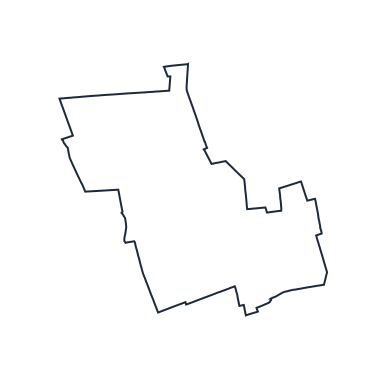 outline of Sahateni, Buzau, Romania, rotated 191°
{"feature_id": "2599482B74966018591797", "entity_name": "Sahateni", "entity_type": "district", "adm_level": 2, "iso_a3": "ROU", "parent_name": "Romania", "parent_adm1": "Buzau", "projection": "albers", "projection_center": [26.561, 45.012], "detail": "fine", "context": "isolated", "style": "outline", "palette": "slate", "viewbox_px": 384, "rotation_deg": 191, "n_neighbors": 0, "source": "geoboundaries", "source_scale": "gbopen_adm2", "svg_char_len": 5738}
<svg xmlns="http://www.w3.org/2000/svg" viewBox="0 0 384 384"><g transform="rotate(191 192 192)"><path d="M339.9,258.4L336.7,253.0L335.0,250.2L330.6,242.8L327.5,237.6L324.3,232.3L319.7,224.6L324.1,222.1L329.8,218.9L329.5,218.5L329.0,218.2L328.4,217.9L328.2,217.6L327.3,215.9L326.2,214.9L325.4,214.2L325.2,214.0L324.3,213.0L322.5,211.8L321.6,209.6L321.2,208.6L320.5,206.8L318.6,202.2L313.8,195.4L311.5,192.2L311.2,191.8L310.8,191.3L310.4,190.6L309.9,190.0L309.7,189.7L309.3,189.1L306.1,184.8L302.4,179.8L301.6,179.0L301.0,178.2L296.9,172.0L295.3,172.4L281.5,175.9L264.8,180.2L263.6,177.2L260.7,169.8L257.5,161.9L256.4,159.3L257.2,158.1L254.9,156.1L254.6,155.6L252.7,153.6L250.9,148.6L249.9,145.2L249.7,143.2L249.7,141.9L249.6,141.5L249.6,140.3L249.6,139.2L249.5,138.9L249.5,137.5L249.5,136.6L249.6,136.2L249.6,134.4L249.5,133.3L249.3,131.7L249.0,130.9L248.4,130.4L247.6,129.4L247.4,129.4L247.3,129.5L247.0,129.7L246.7,129.9L246.1,130.1L244.5,130.7L244.1,130.8L243.7,131.0L239.3,132.6L238.7,132.0L238.2,131.0L237.0,128.2L236.2,126.6L235.5,125.2L234.8,123.9L233.1,120.1L231.2,116.3L231.1,116.2L228.6,110.8L228.0,109.6L227.1,107.8L225.3,104.1L224.8,103.2L224.1,102.0L221.3,97.6L219.9,95.2L218.6,93.3L216.6,90.1L214.8,87.2L213.8,85.4L213.5,85.1L212.5,83.4L210.7,80.7L209.7,79.1L208.9,77.8L208.4,77.0L207.5,75.5L206.7,74.3L205.8,72.7L205.1,71.8L205.1,71.6L203.3,68.8L203.1,68.4L202.9,68.1L202.3,67.2L196.9,70.6L193.1,72.9L193.1,73.0L177.4,82.6L176.9,81.6L176.3,80.4L175.9,80.6L169.5,84.5L163.5,88.3L159.1,91.0L157.1,92.2L152.2,95.2L150.1,96.5L148.5,97.6L145.0,99.6L143.2,100.7L142.9,100.9L140.3,102.4L139.8,102.8L137.1,104.4L136.5,104.9L135.1,105.7L133.6,106.6L132.1,107.6L131.6,106.9L130.6,105.0L130.4,104.6L130.3,104.3L130.2,104.1L128.9,101.5L128.5,100.8L128.1,100.1L126.6,96.0L125.9,94.4L124.6,91.3L123.8,89.2L123.7,89.2L122.9,89.6L121.5,90.2L119.6,91.0L118.7,88.8L117.5,85.7L116.9,84.3L115.6,81.2L115.2,81.5L113.9,82.1L113.6,82.3L113.2,82.6L112.2,83.1L111.3,83.6L109.5,84.5L108.9,84.9L108.0,85.3L107.2,85.7L106.2,86.2L105.2,86.8L104.8,87.0L104.5,87.2L104.8,87.6L105.1,88.1L106.6,90.6L106.4,90.8L106.1,90.9L105.6,91.2L105.2,91.4L104.8,91.7L104.1,92.1L103.7,92.4L103.1,92.7L102.4,93.3L101.5,93.8L101.2,94.0L99.9,94.9L98.8,95.7L98.4,96.0L98.1,96.2L97.8,96.3L97.4,96.6L97.1,96.8L96.2,97.4L95.5,98.0L95.2,98.3L95.0,98.5L94.8,98.8L94.6,98.9L94.6,99.1L94.5,99.8L94.3,100.1L93.8,100.7L93.7,100.9L93.7,101.2L93.9,101.6L94.4,102.2L94.5,102.2L94.3,102.4L94.0,102.6L93.7,102.7L92.8,103.4L92.8,103.5L92.7,103.5L92.3,103.8L91.8,104.1L91.5,104.3L90.9,104.7L90.8,104.8L90.5,104.9L90.2,105.1L89.5,105.6L89.0,106.1L88.4,106.6L87.5,107.4L87.4,107.5L87.0,107.9L86.9,108.0L86.5,108.3L86.4,108.4L85.9,108.8L85.4,109.2L85.0,109.6L84.6,110.0L83.8,110.6L82.5,111.4L82.0,111.7L78.4,113.3L77.4,113.8L75.7,114.6L73.8,115.4L71.7,116.0L69.8,116.8L67.6,117.6L65.8,118.3L63.4,119.3L59.7,120.7L57.4,121.5L53.9,122.8L51.8,123.6L49.9,124.3L48.6,124.7L45.0,126.1L44.8,126.1L44.8,126.8L44.7,128.0L44.6,128.9L44.5,130.8L44.4,133.2L44.4,134.2L44.3,136.2L44.1,138.4L44.1,138.8L44.4,139.5L45.5,141.7L45.9,142.4L46.9,144.3L47.5,145.6L47.9,146.3L49.0,148.3L49.3,149.0L50.6,151.5L51.7,153.7L52.2,154.7L52.8,155.7L53.9,157.9L54.2,158.4L55.5,160.9L56.1,162.1L56.8,163.3L57.7,165.1L59.7,168.8L60.7,170.7L61.0,171.5L61.6,172.7L61.8,173.0L56.8,176.0L57.3,177.4L58.1,179.1L58.8,180.4L59.1,181.1L59.3,181.2L59.4,181.9L59.6,182.4L59.7,182.9L59.9,183.5L60.3,184.4L60.6,185.1L60.9,185.8L61.4,187.3L62.4,189.5L62.7,190.3L63.1,191.3L63.2,191.6L63.5,192.7L63.9,193.8L64.1,194.5L64.6,195.7L65.9,198.9L66.2,199.7L66.8,201.1L67.3,202.3L67.6,203.2L68.1,204.4L68.8,206.3L69.2,207.1L69.9,208.8L70.6,208.5L71.5,208.1L72.2,207.8L73.5,207.2L77.2,205.5L77.9,206.8L78.5,207.9L79.3,209.3L80.1,210.6L80.7,211.7L81.2,212.6L81.7,213.6L82.5,215.0L82.9,215.7L86.8,222.8L87.0,223.1L88.6,222.3L90.0,221.5L91.2,220.8L93.5,219.6L94.2,219.1L95.0,218.8L95.9,218.3L96.6,217.9L97.4,217.4L98.6,216.8L101.1,215.4L105.4,213.1L107.1,212.2L107.0,211.8L106.5,210.4L106.1,209.1L105.1,206.1L104.8,205.3L104.5,203.8L104.1,202.4L103.5,200.8L103.2,200.1L103.0,199.1L102.5,197.6L101.7,194.6L101.2,193.0L100.9,191.4L100.9,190.9L100.9,190.6L103.2,189.9L105.7,189.1L107.4,188.5L110.2,187.6L114.4,186.1L117.0,190.8L131.7,186.5L134.6,185.7L135.3,187.9L136.3,191.6L137.8,196.7L138.2,198.1L139.0,200.8L139.6,202.5L140.4,205.2L140.7,206.4L141.5,209.1L142.9,213.6L143.2,214.6L148.5,218.0L152.5,220.6L153.8,221.4L156.2,223.1L158.7,224.7L160.4,225.8L164.6,228.6L164.8,228.8L166.4,228.1L168.0,227.5L170.3,226.5L172.0,225.8L173.4,225.3L174.0,225.1L175.8,224.3L178.2,223.3L178.3,223.4L179.2,224.6L179.5,225.0L183.0,229.4L185.7,232.8L186.1,233.4L186.9,234.3L187.4,234.9L188.0,235.5L188.4,235.9L188.6,236.1L185.6,238.1L186.9,240.1L189.0,243.9L189.1,244.0L189.3,243.9L190.7,246.2L190.7,246.3L193.3,250.8L195.1,253.9L195.2,254.1L195.3,254.2L195.4,254.3L198.3,259.3L198.8,260.2L198.8,260.3L200.3,263.0L203.2,268.1L203.3,268.3L204.6,270.5L205.0,271.0L206.5,273.7L208.0,276.3L208.6,277.2L210.6,280.7L211.4,281.9L214.5,287.2L215.5,288.9L216.4,290.6L216.7,291.2L217.0,292.4L217.4,294.4L217.8,297.4L220.3,316.8L220.4,316.7L230.6,313.7L235.3,312.3L243.5,309.5L243.2,309.1L242.8,308.5L238.0,300.8L235.3,301.3L233.7,287.1L234.9,286.8L240.2,285.4L241.4,285.1L243.0,284.6L243.5,284.5L246.7,283.7L250.2,282.7L250.6,282.6L252.2,282.2L253.3,281.9L254.9,281.5L256.2,281.1L257.7,280.7L265.0,278.8L265.5,278.7L270.8,277.3L274.3,276.4L275.2,276.2L275.8,276.0L277.0,275.7L279.6,275.0L281.3,274.5L286.1,273.2L289.5,272.3L290.7,272.0L295.4,270.8L302.9,268.7L307.9,267.4L312.9,266.0L318.2,264.5L322.0,263.4L327.2,262.0L327.5,261.9L328.3,261.6L329.1,261.4L329.5,261.3L329.9,261.2L334.9,259.8L335.1,259.7L339.9,258.4Z" fill="none" stroke="#1e293b" stroke-width="2"/></g></svg>